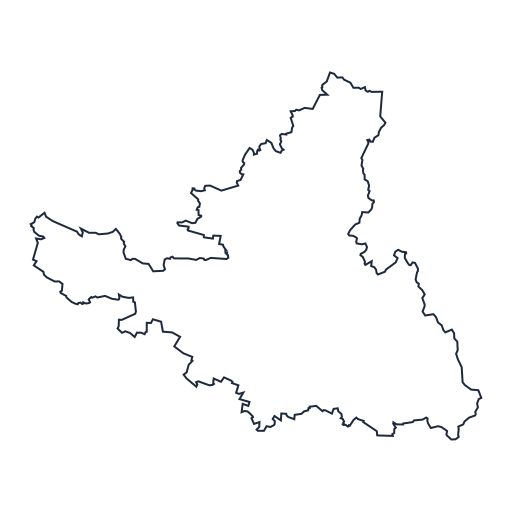 Boyle Lea-6, Roscommon, Ireland
{"feature_id": "5873133B69148251137192", "entity_name": "Boyle Lea-6", "entity_type": "district", "adm_level": 2, "iso_a3": "IRL", "parent_name": "Ireland", "parent_adm1": "Roscommon", "projection": "orthographic", "projection_center": [-8.266, 53.929], "detail": "fine", "context": "isolated", "style": "outline", "palette": "slate", "viewbox_px": 512, "rotation_deg": 0, "n_neighbors": 0, "source": "geoboundaries", "source_scale": "gbopen_adm2", "svg_char_len": 6046}
<svg xmlns="http://www.w3.org/2000/svg" viewBox="0 0 512 512"><path d="M321.6,87.8L322.3,90.2L327.3,94.7L319.9,94.9L312.7,108.9L304.6,107.9L299.1,110.4L296.2,109.7L294.9,111.0L290.7,111.3L292.6,115.3L292.8,116.5L290.7,117.8L293.3,125.9L292.2,127.4L291.4,132.2L286.1,133.7L286.2,134.5L281.7,134.0L280.0,135.3L280.8,138.5L280.4,139.8L281.3,141.2L279.9,144.3L281.8,148.3L283.5,149.7L281.8,150.5L280.5,152.8L275.8,151.1L273.6,148.4L271.3,142.8L266.8,140.0L265.6,143.2L261.2,144.0L259.5,146.2L259.3,147.8L260.3,150.0L259.2,150.6L258.0,149.7L257.2,150.9L257.0,153.7L253.9,154.6L253.9,152.8L252.5,149.7L249.6,148.0L245.0,154.7L242.6,160.4L242.8,161.9L244.2,163.1L244.1,164.4L241.1,167.8L241.2,169.7L240.0,170.8L239.8,172.5L241.6,174.2L243.3,174.4L240.6,179.9L237.0,181.1L236.8,182.7L238.2,185.6L221.4,190.6L210.1,185.6L205.2,185.8L204.2,188.3L204.8,190.3L201.0,191.2L196.0,190.6L194.5,189.6L194.4,188.5L192.6,188.3L192.4,190.3L191.0,193.0L198.2,199.4L198.1,200.8L199.9,203.4L199.3,206.9L197.8,207.2L196.7,209.7L198.5,210.1L198.6,215.0L201.2,215.7L201.2,216.6L197.4,218.9L195.4,222.8L192.1,223.2L185.7,220.6L182.1,222.4L177.6,222.3L177.4,223.2L179.0,225.5L188.6,226.7L188.5,228.4L187.5,229.5L188.0,230.5L203.8,235.0L203.9,237.2L204.4,237.4L212.9,238.6L213.3,235.6L220.7,235.9L219.1,244.0L223.0,244.7L223.4,246.5L226.2,250.3L225.3,250.3L225.5,252.8L227.1,252.8L226.7,254.3L227.9,255.0L228.3,257.7L226.5,259.0L210.8,257.9L205.7,260.1L204.1,259.7L203.8,258.6L199.9,258.0L196.1,259.9L188.6,258.5L174.1,258.4L172.4,256.7L170.3,257.6L170.0,258.8L166.9,258.3L164.7,259.5L163.6,265.1L165.0,269.3L163.2,270.8L153.2,271.3L148.6,263.9L142.8,263.4L135.1,258.9L132.5,258.8L130.9,260.1L125.8,258.8L123.5,252.4L123.8,249.5L125.4,246.3L123.7,243.4L124.2,241.8L121.4,239.1L121.0,238.3L121.4,237.1L119.8,233.9L115.9,228.9L112.7,231.9L108.0,233.5L98.8,234.3L95.8,232.8L89.1,232.8L80.9,228.6L82.8,232.3L81.8,236.3L78.9,234.5L76.9,231.6L53.0,221.2L46.1,216.7L44.5,212.8L38.4,217.6L37.0,216.6L35.4,218.5L34.2,222.3L30.7,224.1L31.6,225.4L31.2,226.1L33.8,228.1L33.5,229.5L34.2,231.8L39.1,235.8L43.4,236.6L44.3,238.0L41.1,239.3L36.1,238.5L37.8,242.9L33.0,259.6L36.5,261.2L33.8,265.4L43.4,271.8L44.0,274.7L46.8,277.4L54.7,281.5L59.1,281.4L62.5,283.9L61.9,290.7L60.3,291.6L60.6,292.9L66.2,296.0L66.5,297.5L71.7,302.0L75.4,303.7L77.7,304.3L78.4,303.0L80.6,302.6L82.0,303.9L83.4,303.6L83.3,302.4L86.1,303.5L89.1,303.0L90.1,302.3L88.7,299.4L91.3,297.0L92.2,297.7L95.4,296.4L97.3,297.5L105.1,295.9L112.0,298.8L118.0,299.7L119.1,299.2L119.4,297.8L118.9,294.5L122.3,296.7L128.6,297.9L133.1,297.4L133.3,301.8L134.9,302.4L135.9,311.6L135.2,313.8L121.7,319.9L118.9,319.7L118.7,326.2L117.6,328.5L122.0,332.8L125.4,331.3L130.2,333.1L134.7,337.0L136.9,332.7L141.3,332.7L144.6,334.2L145.7,332.0L146.7,331.8L146.8,322.8L150.9,323.0L152.9,319.3L161.1,321.7L162.9,331.7L172.1,332.4L180.1,336.8L174.3,346.4L183.3,353.3L192.3,356.9L191.4,360.3L192.4,360.9L188.7,364.7L186.6,372.4L183.6,374.6L186.3,378.2L196.3,386.7L197.3,384.4L196.1,382.2L198.2,381.3L209.4,385.3L212.6,384.9L214.0,383.9L213.2,383.0L213.7,378.5L221.0,381.8L224.0,377.4L231.3,380.7L232.5,381.9L232.0,383.1L238.4,385.3L236.1,392.8L239.0,393.9L243.3,392.6L239.5,399.1L249.5,402.0L248.3,405.9L242.7,403.9L241.6,412.2L244.5,411.0L247.5,411.4L250.2,413.7L252.8,416.5L253.0,417.2L251.5,418.2L254.0,423.9L259.5,422.1L259.2,427.0L256.6,429.6L257.9,430.8L263.9,430.8L266.6,426.2L270.3,427.0L273.9,425.2L274.6,424.2L274.8,421.2L272.7,418.9L274.5,416.0L280.9,420.4L281.3,413.5L286.2,413.8L286.6,415.4L288.3,417.0L294.3,419.2L294.7,414.8L301.3,413.9L304.3,411.3L308.2,410.3L308.5,408.1L309.7,408.1L309.7,406.7L316.3,405.9L322.5,411.2L323.7,410.1L325.5,410.4L331.9,413.6L333.6,408.9L337.7,408.3L338.3,411.3L341.4,413.9L341.9,416.8L340.8,418.3L342.7,418.9L344.1,421.6L343.3,422.5L343.9,423.8L342.8,424.3L343.5,425.0L345.4,424.8L347.9,426.5L348.9,425.2L349.7,425.8L353.5,420.0L356.3,417.6L358.0,419.1L363.7,421.0L363.3,422.1L376.8,431.2L377.2,435.4L392.8,435.9L392.3,434.2L394.2,433.0L394.3,429.0L395.8,427.7L393.2,423.6L393.4,422.3L396.4,424.3L403.0,424.5L403.2,423.5L412.7,422.1L414.1,420.4L422.6,419.6L426.1,417.6L427.6,418.5L427.3,420.3L427.9,423.1L430.8,428.0L438.2,426.2L441.5,427.1L447.1,431.0L446.4,434.6L446.8,435.4L451.4,439.5L455.5,439.3L458.7,436.9L458.1,434.8L458.7,429.1L458.3,426.6L463.2,424.4L464.6,421.4L469.1,417.6L475.1,415.5L475.7,414.2L475.3,411.8L477.9,407.4L477.1,403.5L478.7,399.1L481.3,397.9L478.3,390.2L471.1,389.6L464.9,385.1L462.6,382.2L461.7,367.2L457.9,359.4L456.1,353.8L457.7,350.1L457.3,341.7L454.3,338.4L454.1,333.3L451.8,329.6L445.3,332.4L443.4,330.1L441.7,325.3L438.0,322.5L436.0,317.1L433.4,314.2L425.2,315.5L422.6,311.6L424.6,306.2L424.6,304.3L422.3,298.1L424.7,294.5L422.3,290.2L418.4,286.5L418.8,283.7L416.7,282.3L415.6,279.5L417.0,272.5L417.9,271.1L417.9,268.5L415.0,262.9L412.6,262.4L410.7,265.2L409.4,265.1L407.7,263.0L404.8,258.0L404.9,254.1L406.2,253.4L406.0,252.2L401.7,251.7L398.2,249.8L395.3,251.7L394.0,255.4L397.6,258.1L395.6,262.5L385.9,269.6L385.0,271.7L378.0,274.5L376.7,273.2L376.0,269.6L374.3,267.2L371.2,266.1L371.7,261.2L365.3,264.9L364.6,263.7L365.0,261.9L362.9,257.1L360.4,255.1L360.8,253.8L364.6,251.8L366.2,249.9L367.0,247.1L365.4,243.5L361.8,244.3L356.7,243.4L356.2,241.7L357.0,238.5L356.4,237.6L353.1,235.8L349.3,235.5L348.2,234.0L350.1,230.2L355.2,224.5L359.4,222.7L359.7,218.8L361.6,215.3L362.2,212.1L368.3,212.5L371.2,209.5L372.1,207.6L372.4,203.9L374.0,202.0L373.7,200.4L372.1,200.5L368.5,198.1L367.9,195.6L369.6,191.1L368.2,189.9L369.1,185.6L367.7,181.2L364.7,179.4L364.6,174.8L363.4,173.3L362.9,170.1L363.3,168.8L361.5,165.5L362.4,159.9L361.3,158.1L368.2,143.8L368.4,141.9L367.3,140.1L369.4,139.6L370.4,141.6L372.8,141.8L374.5,137.7L378.4,135.2L378.9,132.0L381.1,127.7L384.2,125.0L385.4,122.7L380.2,116.4L382.2,91.7L371.6,91.9L369.3,90.8L367.9,91.8L365.6,90.5L364.9,87.1L360.7,89.0L358.7,87.7L353.4,87.8L350.4,82.7L344.1,79.7L342.4,77.4L337.3,77.6L334.1,73.8L330.0,72.5L326.8,81.4L322.7,84.6L322.1,85.5L322.4,87.1L321.6,87.8Z" fill="none" stroke="#1e293b" stroke-width="2"/></svg>